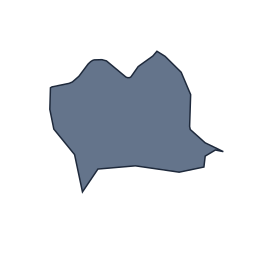 outline of Bexley, rotated 47°
{"feature_id": "GBR-2061", "entity_name": "Bexley", "entity_type": "London Borough", "adm_level": 1, "iso_a3": "GBR", "parent_name": "United Kingdom", "parent_adm1": "", "projection": "equal_earth", "projection_center": [0.138, 51.452], "detail": "fine", "context": "isolated", "style": "filled", "palette": "slate", "viewbox_px": 256, "rotation_deg": 47, "n_neighbors": 0, "source": "natural_earth", "source_scale": "10m", "svg_char_len": 584}
<svg xmlns="http://www.w3.org/2000/svg" viewBox="0 0 256 256"><g transform="rotate(47 128 128)"><path d="M143.5,58.4L146.3,59.4L168.9,81.9L171.6,83.5L191.4,81.7L210.3,74.4L203.7,79.1L201.2,90.7L208.3,99.1L195.2,120.7L160.7,148.4L137.5,178.0L143.7,204.9L111.0,185.2L78.2,183.0L61.1,172.5L45.7,157.3L46.1,155.5L55.2,140.6L56.4,137.3L56.7,128.7L54.0,113.5L54.0,110.1L54.4,107.9L55.1,106.3L60.2,100.5L64.2,98.0L89.3,94.8L90.9,94.0L91.9,92.9L92.4,92.1L92.6,90.9L90.0,78.6L92.3,60.8L91.6,54.5L100.9,52.0L123.5,51.1L143.5,58.4Z" fill="#64748b" stroke="#1e293b" stroke-width="1.5"/></g></svg>